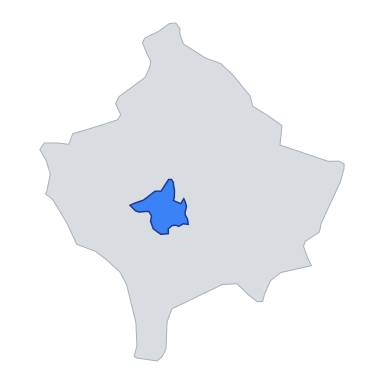 Mališevo highlighted on a map of Kosovo
{"feature_id": "KOS-5911", "entity_name": "Mališevo", "entity_type": "District", "adm_level": 1, "iso_a3": "XKX", "parent_name": "Kosovo", "parent_adm1": "", "projection": "orthographic", "projection_center": [20.745, 42.495], "detail": "fine", "context": "in_parent", "style": "filled", "palette": "blue", "viewbox_px": 384, "rotation_deg": 0, "n_neighbors": 0, "source": "natural_earth", "source_scale": "10m", "svg_char_len": 1469}
<svg xmlns="http://www.w3.org/2000/svg" viewBox="0 0 384 384"><path d="M95.6,126.9L117.5,119.8L120.7,114.7L115.7,103.8L118.7,96.9L144.9,77.5L149.2,68.7L150.8,61.7L147.3,54.4L142.4,42.9L144.8,38.0L158.4,31.4L169.3,23.6L175.8,23.0L179.9,28.6L179.9,34.4L183.5,44.1L191.7,49.3L205.2,57.8L220.8,63.6L233.2,75.3L250.1,96.0L252.7,106.3L267.9,115.5L282.0,125.7L280.0,145.0L328.1,161.3L338.9,161.1L344.1,164.0L344.0,168.4L340.4,181.9L321.1,223.4L319.5,232.0L305.4,241.2L303.5,246.4L307.6,257.8L311.4,265.7L311.1,265.7L280.7,272.6L270.5,280.6L264.5,294.3L262.6,301.4L257.2,301.7L248.2,294.7L236.9,283.7L222.1,284.6L172.0,308.8L167.1,321.5L166.0,348.8L162.5,356.2L157.2,361.0L136.4,358.0L134.2,356.2L136.9,345.7L135.9,322.7L126.6,284.6L120.0,272.1L106.3,259.7L95.7,251.5L76.6,244.2L67.0,223.3L52.6,199.4L45.6,194.0L46.8,191.6L50.3,173.8L46.2,160.7L39.9,149.5L44.4,142.9L57.7,143.0L68.7,144.3L72.8,133.7L95.6,126.9Z" fill="#d9dde1" stroke="#a8b0b8" stroke-width="1"/><path d="M168.6,179.5L171.5,179.5L173.3,182.3L173.6,185.6L174.5,190.2L174.3,197.8L173.3,200.4L175.1,201.3L180.7,203.7L183.8,198.7L185.1,201.5L186.5,206.5L185.1,212.1L185.1,214.6L187.4,218.9L188.3,224.4L183.3,223.8L178.7,226.3L175.6,225.1L171.9,225.7L168.3,228.8L168.3,233.7L161.0,234.3L157.4,231.9L153.3,228.8L150.6,221.4L151.5,215.8L148.8,211.5L144.7,211.5L139.2,212.1L135.6,210.9L130.0,205.3L134.8,203.1L143.5,200.1L155.1,191.2L161.0,191.2L168.6,179.5Z" fill="#3b82f6" stroke="#1e3a8a" stroke-width="1.5"/></svg>